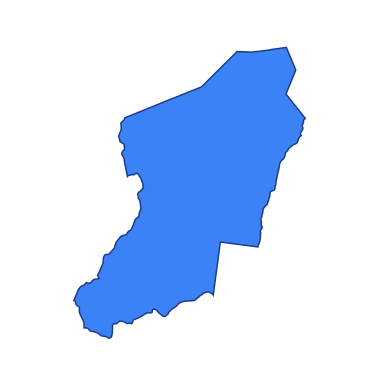 Koas Krala, Batdâmbâng, Cambodia (Natural Earth projection), rotated 8°
{"feature_id": "14789045B77023093134849", "entity_name": "Koas Krala", "entity_type": "district", "adm_level": 2, "iso_a3": "KHM", "parent_name": "Cambodia", "parent_adm1": "Batdâmbâng", "projection": "natural_earth1", "projection_center": [103.147, 12.673], "detail": "fine", "context": "isolated", "style": "filled", "palette": "blue", "viewbox_px": 384, "rotation_deg": 8, "n_neighbors": 0, "source": "geoboundaries", "source_scale": "gbopen_adm2", "svg_char_len": 6126}
<svg xmlns="http://www.w3.org/2000/svg" viewBox="0 0 384 384"><g transform="rotate(8 192 192)"><path d="M115.0,128.0L114.9,129.7L114.0,131.0L112.0,133.5L112.1,134.4L112.7,136.6L113.0,138.2L113.1,139.6L112.9,141.4L112.7,142.1L112.5,143.4L112.1,144.5L111.8,146.1L111.6,147.2L112.6,149.4L113.2,150.4L113.4,151.4L113.7,152.1L117.2,153.7L117.8,153.9L118.1,154.2L118.3,154.8L118.5,156.2L118.6,156.8L119.2,158.1L119.4,158.6L119.5,158.9L118.8,159.8L118.2,160.3L117.5,162.0L117.2,162.8L117.1,163.6L117.3,164.4L118.1,165.5L118.4,166.0L119.5,167.3L120.3,168.5L120.4,169.1L120.5,169.9L120.5,170.2L125.9,185.7L126.3,185.1L126.6,184.7L127.1,184.3L127.4,184.2L127.9,184.0L128.5,183.9L129.8,183.2L130.6,183.1L131.3,183.0L131.6,183.0L131.9,183.1L132.5,182.8L132.8,182.6L133.4,181.7L135.0,181.0L136.6,182.2L137.1,182.8L137.5,183.5L137.9,184.0L138.7,184.6L139.1,185.0L142.3,191.0L142.6,192.5L142.8,193.3L143.3,194.3L143.0,194.8L142.7,195.1L142.4,195.5L141.2,197.9L140.8,198.3L140.3,198.8L139.6,199.2L139.1,199.8L138.9,200.3L138.7,201.0L138.6,201.3L138.5,201.8L138.5,202.1L139.2,203.4L139.5,204.1L139.5,205.4L139.8,205.8L140.8,206.7L141.5,207.8L141.7,208.4L142.1,209.5L143.3,214.1L143.6,214.6L143.7,216.7L143.5,217.3L142.9,218.4L142.7,219.9L142.7,220.7L142.8,221.7L142.8,222.7L142.7,223.4L142.4,224.0L142.2,224.4L141.6,224.8L141.2,225.4L140.4,226.2L139.7,227.0L139.3,228.4L139.2,229.0L138.9,230.0L138.5,232.4L138.4,233.0L137.7,235.1L137.5,235.9L137.3,236.8L136.7,238.1L136.4,238.4L134.6,239.7L134.2,240.5L133.4,242.0L132.6,243.6L132.3,243.9L131.4,244.1L130.9,244.1L129.5,244.7L128.4,245.5L127.8,245.8L127.2,246.6L126.1,248.7L125.0,250.3L124.7,251.0L123.8,252.6L123.7,252.9L123.6,254.6L123.3,254.8L123.2,255.2L123.2,255.7L123.2,256.4L123.3,257.5L121.9,259.9L121.2,260.8L120.8,261.5L120.3,262.3L119.4,263.5L118.9,264.3L118.2,265.4L115.9,265.7L114.7,266.3L114.2,266.8L114.0,267.3L113.7,268.6L113.5,269.1L113.4,269.5L113.4,269.9L113.6,270.8L113.7,271.6L113.7,274.2L113.5,275.7L113.3,277.1L112.7,279.1L112.2,281.1L110.8,285.6L110.3,287.7L110.3,288.1L110.7,288.9L111.7,290.0L111.8,290.5L111.2,291.0L110.3,291.3L109.2,291.6L108.7,291.6L108.2,291.7L107.4,292.1L106.5,292.8L105.6,293.6L105.3,294.2L104.9,295.4L104.3,296.1L103.5,296.5L101.7,296.7L101.0,296.6L100.6,296.5L100.1,296.3L99.5,297.1L98.9,298.1L98.3,298.9L97.3,299.7L96.5,300.1L96.1,300.2L95.4,300.9L95.1,301.3L94.4,302.1L93.3,303.8L92.9,305.1L90.1,316.1L90.8,316.2L91.3,316.4L91.8,317.0L92.2,318.0L92.5,318.8L93.0,319.8L94.9,320.9L96.0,321.5L96.7,322.3L96.7,323.3L96.8,324.0L97.0,324.8L97.0,325.4L97.1,326.4L98.4,328.9L102.3,334.6L103.0,335.8L103.3,337.0L103.4,337.8L103.6,338.5L103.7,339.4L103.9,339.9L104.0,340.8L103.9,341.5L106.4,341.4L107.0,341.3L107.7,341.4L109.0,342.4L109.9,343.3L110.2,343.6L110.8,343.8L111.1,343.8L111.5,343.9L112.6,343.9L113.9,343.9L115.1,344.2L116.8,344.4L117.3,344.6L118.4,345.0L119.2,345.4L120.2,345.8L121.5,346.7L122.0,346.9L123.5,347.1L126.7,347.1L127.3,347.2L128.7,347.7L129.3,348.1L130.0,348.3L130.7,348.1L132.3,346.8L132.5,346.1L132.6,343.8L132.7,343.1L132.7,342.3L132.3,338.6L132.1,336.5L131.9,335.4L131.9,334.8L132.0,334.3L132.2,333.9L132.6,333.4L132.8,333.2L133.5,333.0L134.3,333.2L134.8,333.2L135.4,333.0L136.3,332.2L138.2,330.1L138.5,330.0L140.1,329.9L141.6,329.8L142.1,329.8L143.6,330.3L145.9,331.4L146.5,331.1L147.2,330.6L148.2,330.5L148.7,330.5L150.1,330.8L150.5,330.7L150.8,330.5L151.2,330.0L151.4,328.2L151.6,327.4L151.9,326.9L152.1,326.6L152.5,326.4L156.9,323.9L164.3,317.9L167.8,317.5L168.5,317.3L168.8,317.1L169.2,316.8L169.2,316.1L169.3,314.0L169.5,313.7L169.9,313.6L170.6,313.4L171.2,313.3L171.8,313.4L173.0,313.7L175.2,315.5L175.7,316.0L176.3,316.4L178.0,317.6L179.7,318.5L180.3,318.9L181.6,319.2L182.3,319.0L182.9,318.8L183.2,318.5L183.8,317.7L184.3,317.2L185.3,316.0L185.7,314.5L186.1,313.9L187.7,311.6L188.2,311.0L189.2,310.0L189.8,309.6L190.8,308.7L191.2,308.3L191.8,307.8L192.8,306.9L193.2,306.1L193.5,305.4L194.3,304.3L195.6,303.3L198.1,301.9L199.4,301.4L201.3,300.9L202.6,300.6L203.3,300.4L204.6,300.1L206.5,299.8L207.8,299.5L208.4,299.4L209.1,299.2L209.7,298.8L210.3,298.4L210.8,297.8L211.6,296.8L212.5,295.9L213.0,295.3L213.5,294.8L214.9,293.1L215.5,292.8L217.9,290.4L218.5,289.9L219.1,289.7L219.9,289.3L220.4,289.1L221.0,288.9L222.3,288.7L222.8,288.8L223.5,289.1L224.2,289.3L224.6,289.2L225.3,289.6L226.3,290.0L226.7,290.2L227.4,291.1L227.0,237.6L264.9,237.2L264.8,236.6L264.9,235.5L265.1,235.1L265.2,234.4L265.6,233.1L265.9,231.7L266.1,229.9L266.1,228.2L265.9,225.8L265.8,225.2L265.6,224.6L265.7,223.8L265.8,223.0L265.5,222.3L265.1,221.8L265.0,221.0L265.4,220.4L265.5,219.7L265.7,219.2L266.0,218.5L266.4,217.9L266.6,217.4L265.4,215.5L265.2,214.9L265.1,213.9L265.2,213.4L265.0,212.6L264.5,210.7L264.0,209.8L264.0,208.9L264.5,206.9L264.6,204.5L264.6,203.7L265.0,202.5L264.9,201.8L264.9,200.9L264.8,200.2L265.2,198.3L266.1,196.5L267.3,194.9L267.9,194.2L268.2,193.2L268.5,192.3L268.5,191.9L268.3,191.1L268.8,190.6L269.0,189.9L269.1,189.1L269.0,188.2L269.4,186.2L269.7,185.1L269.4,182.7L269.6,181.2L269.9,180.6L270.3,180.2L271.6,179.5L272.8,178.9L273.4,178.3L273.7,176.6L273.5,175.4L273.7,173.8L273.8,173.4L273.9,171.8L273.8,170.7L273.8,169.8L274.0,166.9L274.2,162.7L274.7,158.1L274.8,156.6L274.8,155.8L274.8,154.0L274.9,152.7L275.1,151.0L275.5,149.7L276.2,148.4L277.8,146.6L278.2,145.8L278.5,145.2L278.8,144.3L279.0,142.9L279.1,142.0L279.0,140.5L279.2,139.9L279.4,139.6L280.7,138.0L281.1,137.2L281.8,135.2L282.8,134.3L283.5,133.5L284.5,132.4L284.9,132.0L285.4,131.4L286.3,130.7L287.6,130.0L288.4,129.5L289.3,128.3L289.7,127.0L289.9,126.0L290.0,125.3L290.2,124.5L290.2,123.7L290.4,123.3L291.8,121.7L292.1,121.2L292.2,120.6L291.8,120.2L291.4,119.7L291.2,119.0L291.3,118.4L291.9,117.2L292.2,116.1L292.7,115.2L292.9,114.6L293.0,113.9L292.9,113.0L292.1,111.8L292.0,111.3L292.0,110.5L292.6,108.1L292.7,107.4L292.5,105.7L292.6,105.1L293.5,104.0L293.9,103.3L271.4,81.9L277.8,56.7L265.3,35.7L250.0,40.1L248.9,40.6L245.8,41.5L243.1,42.1L241.3,42.7L237.5,43.7L236.1,44.0L234.6,44.3L231.8,45.2L231.4,45.2L217.2,46.6L205.9,61.3L186.8,86.6L158.1,103.0L136.9,115.3L117.0,126.8L115.0,128.0Z" fill="#3b82f6" stroke="#1e3a8a" stroke-width="1.5"/></g></svg>